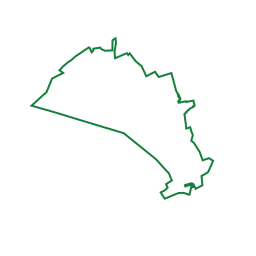 outline of Santo Domingo, San Luis Potosí, Mexico, rotated 238°
{"feature_id": "50627088B7585630413925", "entity_name": "Santo Domingo", "entity_type": "district", "adm_level": 2, "iso_a3": "MEX", "parent_name": "Mexico", "parent_adm1": "San Luis Potosí", "projection": "orthographic", "projection_center": [-101.913, 23.412], "detail": "fine", "context": "isolated", "style": "outline", "palette": "green", "viewbox_px": 256, "rotation_deg": 238, "n_neighbors": 0, "source": "geoboundaries", "source_scale": "gbopen_adm2", "svg_char_len": 4461}
<svg xmlns="http://www.w3.org/2000/svg" viewBox="0 0 256 256"><g transform="rotate(238 128 128)"><path d="M151.6,193.9L153.4,187.2L155.0,181.1L160.0,180.7L161.4,180.7L162.2,170.9L167.4,171.6L173.1,172.3L174.6,171.8L180.7,169.9L183.7,169.6L190.4,169.0L190.0,167.7L189.8,166.9L192.0,166.7L192.1,166.0L192.8,162.1L193.4,157.9L194.0,154.0L195.4,154.8L195.6,154.7L199.9,157.1L206.6,163.0L210.7,164.9L210.7,163.1L210.5,161.3L202.1,155.9L204.1,152.3L205.7,149.4L209.2,147.1L210.9,147.1L213.6,140.6L212.0,139.6L211.4,137.3L216.5,137.9L217.1,137.5L217.0,134.7L217.0,133.4L216.9,131.0L216.8,129.9L216.8,128.7L216.7,126.9L216.7,125.2L216.6,123.5L216.6,122.4L216.6,121.4L215.6,116.1L215.6,114.0L215.6,113.2L215.5,111.8L214.7,105.8L213.3,100.5L209.0,102.2L209.6,96.7L210.0,91.3L210.1,91.1L210.1,90.9L210.1,89.7L204.7,82.2L201.6,77.9L201.2,76.2L201.3,75.8L201.3,75.5L201.2,75.3L198.4,60.1L198.0,58.0L197.9,58.1L197.7,58.3L197.2,58.8L196.0,59.9L195.3,60.5L194.9,60.9L194.5,61.2L192.6,62.9L191.2,64.1L189.6,65.6L189.1,66.0L188.8,66.3L188.5,66.7L188.2,67.0L187.9,67.2L187.3,67.7L187.0,68.0L186.7,68.3L185.3,69.6L183.6,71.1L181.9,72.6L177.0,76.9L170.0,83.0L164.8,87.5L161.4,90.5L157.8,93.6L156.8,94.5L155.7,95.5L155.1,96.0L154.5,96.5L153.3,97.6L151.2,99.4L150.6,100.0L150.2,100.3L149.8,100.7L149.3,101.1L148.4,101.9L147.9,102.3L147.5,102.6L145.0,104.8L144.7,105.2L143.8,105.9L143.2,106.4L141.9,107.5L139.8,109.4L139.1,110.0L138.4,110.6L137.2,111.7L136.6,112.2L136.3,112.5L134.6,114.0L125.8,121.7L121.5,123.1L115.0,125.4L105.7,128.6L96.1,131.9L86.3,135.3L86.0,135.3L81.1,136.2L76.5,137.0L71.5,137.9L67.9,138.7L67.4,138.6L66.2,138.4L65.7,138.3L61.7,137.6L60.2,137.4L60.2,130.5L56.4,130.0L56.1,128.1L56.0,127.6L55.8,126.9L55.7,126.3L55.6,125.7L56.0,122.3L56.0,121.6L48.6,121.7L47.9,125.3L47.5,128.0L47.3,129.5L46.6,133.9L46.5,134.2L46.0,136.6L45.2,137.9L44.4,139.3L43.6,140.7L43.3,141.0L40.5,143.3L40.3,143.4L40.2,143.4L38.9,144.7L39.2,145.0L41.0,146.9L42.9,148.9L43.2,149.2L43.6,149.6L44.1,150.1L43.3,152.1L43.5,152.1L43.8,152.1L44.2,152.0L44.3,152.0L44.5,152.0L44.8,152.0L45.0,152.0L45.3,152.0L45.5,151.6L45.8,151.9L45.9,151.6L46.0,151.5L46.0,151.4L46.1,151.1L46.3,150.9L46.4,150.6L46.5,150.2L47.1,149.8L47.1,149.7L47.2,149.4L47.2,149.2L47.3,149.0L47.3,148.9L47.4,148.7L47.5,148.3L47.5,148.2L47.6,147.7L47.7,147.4L47.8,147.1L47.9,146.9L47.9,146.7L48.0,146.4L48.0,146.2L48.1,145.9L48.1,145.7L48.3,145.7L48.5,145.7L48.5,145.8L48.8,145.8L49.0,145.8L49.3,145.9L49.6,145.6L49.3,146.6L48.9,147.9L48.8,148.2L48.4,149.6L48.3,150.0L48.2,150.4L48.0,151.0L47.9,151.3L47.7,151.9L47.6,152.0L47.5,152.5L46.9,153.0L46.1,153.6L45.4,153.6L44.4,153.5L42.7,153.4L41.3,153.3L40.6,153.2L40.6,153.3L40.5,154.1L40.5,154.6L40.4,155.1L40.4,155.5L40.3,156.6L40.3,157.6L40.2,157.9L40.2,158.2L40.2,158.7L40.1,159.0L40.1,159.6L40.1,159.9L40.0,160.3L40.0,160.8L42.9,162.2L44.1,162.8L44.9,163.2L47.5,164.5L48.3,164.9L48.3,165.0L48.1,170.4L48.0,171.5L48.0,172.1L49.9,175.3L51.2,177.1L51.6,177.7L51.8,178.1L52.5,179.1L53.4,180.3L53.5,180.5L53.9,181.1L54.3,181.6L54.7,182.3L55.0,182.8L59.5,180.7L61.0,174.2L69.6,176.1L80.4,176.0L83.7,174.9L87.4,179.1L90.4,179.8L90.7,179.7L95.7,181.1L96.6,177.2L102.9,180.1L110.0,183.3L110.0,183.6L110.0,183.9L110.0,184.0L109.9,184.3L110.0,184.5L110.2,184.8L110.3,185.1L110.5,185.2L110.6,185.3L110.3,185.9L110.5,186.1L110.6,186.3L110.9,187.0L111.1,187.4L111.1,187.7L111.1,188.1L111.1,188.6L111.2,188.8L111.3,188.9L111.3,189.2L111.3,189.5L111.4,189.8L111.5,190.1L111.5,190.4L111.6,190.6L111.6,191.0L111.6,191.7L111.6,191.9L111.6,192.2L111.6,192.3L111.6,192.5L111.4,193.2L111.4,193.5L111.3,194.3L111.5,194.3L111.5,194.7L111.7,194.9L111.8,194.9L111.6,195.6L111.8,196.3L112.3,196.1L112.5,196.3L112.6,196.5L112.8,196.8L113.6,196.9L116.6,198.0L119.3,191.1L120.0,191.3L122.6,184.4L122.8,184.5L122.9,184.8L123.0,184.9L123.2,184.7L123.4,184.7L123.5,184.5L123.4,184.4L123.6,184.5L123.8,184.9L123.8,185.0L123.7,185.0L123.7,185.3L123.7,185.5L123.7,185.8L123.8,185.8L124.1,185.7L124.1,185.9L124.3,186.3L124.2,186.3L124.3,186.6L124.5,187.2L124.6,187.6L125.1,187.5L125.3,187.5L125.4,187.4L125.6,187.8L125.7,187.7L125.9,188.1L126.2,188.0L127.3,187.4L127.5,187.4L127.8,187.4L128.3,187.4L128.1,188.4L128.4,188.4L128.7,188.4L129.1,188.5L129.7,188.3L129.7,188.6L130.0,188.6L130.3,188.5L130.6,188.4L130.9,188.3L133.8,188.5L134.8,188.8L135.0,188.8L135.9,189.1L136.3,189.2L136.4,189.3L136.9,189.4L138.2,189.8L143.0,191.3L150.0,193.4L151.6,193.9Z" fill="none" stroke="#15803d" stroke-width="2"/></g></svg>